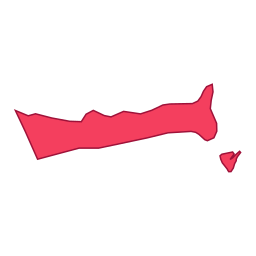 an SVG outline of East Grand Bahama
{"feature_id": "BHS-5012", "entity_name": "East Grand Bahama", "entity_type": "District", "adm_level": 1, "iso_a3": "BHS", "parent_name": "The Bahamas", "parent_adm1": "", "projection": "robinson", "projection_center": [-78.023, 26.67], "detail": "fine", "context": "isolated", "style": "filled", "palette": "rose", "viewbox_px": 256, "rotation_deg": 0, "n_neighbors": 0, "source": "natural_earth", "source_scale": "10m", "svg_char_len": 859}
<svg xmlns="http://www.w3.org/2000/svg" viewBox="0 0 256 256"><path d="M15.4,110.5L28.2,115.8L35.5,113.8L51.8,118.0L69.7,121.3L81.3,121.7L86.1,114.2L93.3,110.4L104.3,115.6L111.0,116.9L123.6,111.4L140.5,113.9L151.7,110.3L162.9,105.0L170.0,104.0L192.4,103.6L197.8,101.1L201.1,96.6L203.5,91.2L206.6,86.7L212.2,84.3L213.0,91.9L211.2,100.3L210.3,108.7L216.6,123.3L216.8,131.2L213.9,137.8L207.4,140.7L204.8,139.7L198.9,134.3L195.6,132.3L191.1,131.4L168.0,132.8L147.1,137.9L98.7,148.1L79.1,148.1L37.6,159.2L25.4,131.7L15.4,110.5ZM233.9,156.6L235.8,154.6L239.6,151.3L240.6,152.5L237.5,156.6L236.3,159.0L236.2,160.8L234.6,163.7L233.3,168.1L231.0,171.6L228.8,171.7L228.0,170.6L227.2,169.0L222.3,162.8L220.8,159.3L220.0,155.8L221.9,154.2L232.6,152.0L234.1,154.0L230.9,158.3L230.1,159.5L232.7,157.8L233.9,156.6Z" fill="#f43f5e" stroke="#9f1239" stroke-width="1.5"/></svg>